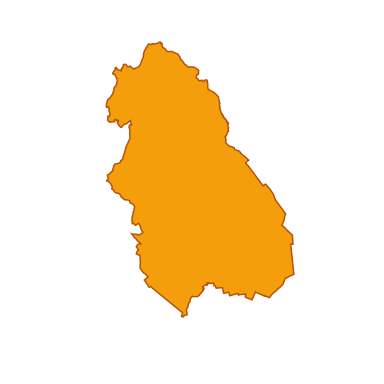 the district of Cernat, Covasna, Romania, rotated 31°
{"feature_id": "2599482B32737313813791", "entity_name": "Cernat", "entity_type": "district", "adm_level": 2, "iso_a3": "ROU", "parent_name": "Romania", "parent_adm1": "Covasna", "projection": "albers", "projection_center": [25.982, 45.977], "detail": "fine", "context": "isolated", "style": "filled", "palette": "amber", "viewbox_px": 384, "rotation_deg": 31, "n_neighbors": 0, "source": "geoboundaries", "source_scale": "gbopen_adm2", "svg_char_len": 5929}
<svg xmlns="http://www.w3.org/2000/svg" viewBox="0 0 384 384"><g transform="rotate(31 192 192)"><path d="M97.8,173.2L98.5,172.4L98.4,171.0L98.6,170.1L99.0,169.3L100.6,167.2L101.4,165.3L101.6,164.1L102.6,162.5L102.9,163.4L104.0,164.0L105.4,165.4L105.5,166.1L105.4,166.3L104.4,166.1L104.0,167.2L104.8,169.1L105.0,169.3L105.3,169.1L106.8,171.1L107.3,171.6L109.0,174.7L110.6,176.9L111.4,178.8L111.4,180.7L111.9,183.4L112.3,187.6L113.1,190.2L113.4,190.9L113.7,192.5L114.1,193.8L115.1,198.3L115.7,199.9L115.7,200.3L114.9,201.3L114.7,201.8L115.1,202.9L115.1,203.9L114.9,204.5L114.4,205.1L111.8,207.5L111.4,208.2L111.5,210.2L111.8,210.7L112.4,213.2L113.3,214.9L112.7,215.3L112.7,216.6L112.2,217.2L112.1,217.9L112.3,218.4L112.2,218.9L111.5,219.7L110.8,221.1L111.2,221.7L113.2,223.5L113.6,224.8L113.0,226.0L113.3,226.5L114.6,226.0L117.0,226.4L119.4,227.5L119.7,227.9L120.9,228.6L121.4,229.6L121.4,230.4L121.6,230.7L123.4,230.7L126.3,232.0L128.8,231.5L130.1,230.8L131.2,231.1L133.8,232.6L138.4,233.4L139.6,232.5L142.5,231.6L143.3,231.9L144.3,232.9L144.8,233.2L146.3,232.9L148.3,233.0L149.8,233.5L150.4,234.4L152.0,238.5L152.2,239.2L152.0,239.7L152.0,240.1L153.0,241.1L153.1,243.1L153.8,244.8L154.9,246.5L155.1,247.4L155.4,247.6L155.8,247.6L157.0,249.8L158.1,249.0L160.0,249.7L160.6,249.7L161.2,249.0L161.5,247.8L162.0,247.1L162.2,246.4L162.6,246.3L165.8,248.4L167.2,250.0L169.7,251.4L170.7,251.7L170.8,251.9L170.5,252.9L169.8,254.4L168.5,256.4L167.9,256.6L166.8,256.5L166.0,257.1L165.0,257.4L162.8,258.7L161.9,258.9L165.5,260.5L168.8,261.2L170.6,262.0L174.1,262.4L175.5,262.8L174.6,263.0L173.3,263.9L172.4,265.0L172.4,267.6L175.7,269.0L175.6,271.4L176.1,273.7L176.7,273.8L179.5,273.3L180.3,273.5L184.5,279.8L185.5,282.0L186.9,284.1L192.4,286.4L193.9,286.2L198.1,287.4L196.5,292.0L204.3,295.7L205.1,294.4L246.1,300.4L246.4,301.0L246.6,302.6L247.1,304.1L249.0,303.4L248.8,302.2L250.1,300.5L251.0,300.0L251.0,299.7L250.3,299.0L249.6,297.6L249.3,297.5L248.5,296.8L247.9,295.8L247.6,294.5L247.7,293.3L247.6,292.5L247.0,290.9L247.0,290.2L246.6,289.8L246.4,288.8L246.8,287.3L245.6,284.2L245.5,282.6L245.9,282.3L245.8,281.6L246.0,281.3L246.8,281.1L250.6,278.8L251.6,276.6L251.3,275.5L251.9,274.5L251.6,273.7L252.4,271.1L252.2,270.3L251.5,269.8L251.7,269.6L251.8,269.2L252.1,269.3L252.2,269.0L252.1,268.6L251.3,267.9L250.9,267.9L250.7,268.2L249.9,267.9L250.3,267.1L250.3,266.5L250.6,266.2L250.7,265.6L251.5,264.8L252.5,264.4L252.8,264.1L252.2,263.7L252.7,263.1L252.2,262.5L251.7,262.3L251.8,262.0L252.4,261.6L253.4,261.4L253.5,261.8L257.7,259.0L259.0,261.0L259.9,260.5L260.5,260.7L262.3,262.0L267.2,258.3L271.4,262.5L275.1,259.0L277.7,261.5L283.5,255.4L285.0,256.4L285.2,255.6L287.2,254.4L290.5,251.9L291.9,254.7L299.0,253.5L297.9,245.1L308.1,243.8L308.1,243.4L312.6,242.8L312.9,242.0L313.5,237.2L314.4,235.1L315.7,230.6L316.5,228.3L317.5,224.4L317.4,223.3L316.4,218.5L319.0,213.9L321.7,210.1L303.6,186.1L305.4,184.7L300.6,177.7L300.1,177.3L293.3,175.8L289.7,174.7L286.3,174.3L285.5,169.0L283.9,164.7L283.5,162.5L267.7,155.8L266.7,155.1L264.6,153.3L262.3,151.8L257.6,149.5L251.1,147.4L250.9,147.4L250.6,147.9L249.7,150.1L227.1,140.8L222.9,139.5L223.2,138.2L224.2,135.5L217.8,134.2L217.5,134.5L215.3,134.1L214.3,133.6L213.4,133.6L213.0,133.1L211.9,132.8L211.0,132.9L210.4,132.6L209.3,133.2L207.0,133.5L205.6,132.8L205.3,132.3L200.4,133.4L198.2,133.2L195.9,132.4L194.7,131.3L194.7,130.8L193.9,129.1L192.6,128.4L192.4,128.0L191.7,127.3L192.5,126.2L192.3,125.4L192.3,124.9L191.9,123.9L191.9,123.0L191.5,121.8L191.5,121.5L192.0,121.2L190.5,119.3L190.3,118.3L190.1,117.8L189.4,117.6L188.1,116.2L187.9,115.5L188.2,115.0L187.7,114.0L185.7,114.2L185.7,113.4L185.2,113.5L184.6,112.8L182.5,112.5L182.6,111.9L180.3,111.8L180.4,111.5L180.2,111.0L178.6,110.1L177.9,109.9L177.6,110.3L177.4,110.3L177.3,109.6L177.1,109.3L176.3,109.1L175.6,108.4L174.4,107.5L174.1,107.1L172.6,106.2L172.8,105.6L171.9,104.7L171.7,103.9L170.7,103.2L170.3,102.4L170.4,101.7L169.1,100.9L167.7,99.1L166.4,98.0L165.6,96.9L162.9,95.9L161.0,95.8L160.5,95.3L156.9,95.6L154.1,95.6L152.7,95.3L151.8,94.7L151.6,94.2L151.3,94.0L150.6,92.2L149.1,90.5L148.2,90.0L148.5,89.5L147.3,88.4L146.7,88.5L146.2,89.0L145.3,89.4L145.3,89.8L145.1,90.3L145.3,91.1L145.0,91.4L144.1,91.5L143.0,91.0L142.3,91.9L141.4,92.3L140.9,92.9L140.1,93.0L139.5,92.3L136.9,91.8L136.4,91.4L136.0,90.4L135.7,88.7L136.7,88.3L136.8,87.6L135.1,84.4L134.3,84.1L129.6,83.9L126.5,85.4L124.7,86.6L123.1,86.7L121.7,86.2L120.4,86.4L115.4,84.3L114.0,84.0L112.7,83.3L112.5,82.8L111.8,82.3L109.7,81.6L108.8,80.9L108.0,81.3L105.3,81.6L102.7,81.7L99.5,83.8L97.6,84.2L95.3,83.1L92.4,83.1L91.0,81.8L89.6,80.1L89.4,80.0L88.8,80.7L88.1,79.9L87.2,79.9L85.9,82.2L83.8,84.4L81.5,85.3L81.6,86.2L81.5,86.5L78.7,87.3L78.4,87.7L78.6,89.9L78.3,92.2L78.6,94.4L78.7,96.2L79.2,98.3L80.9,101.7L81.3,105.9L81.7,107.0L81.9,109.1L81.8,111.5L81.7,112.2L81.2,113.2L79.9,114.6L79.5,115.9L79.0,116.3L75.8,116.5L74.3,115.9L72.4,117.8L69.6,116.8L68.5,117.1L67.6,118.2L67.7,118.8L68.3,119.6L68.4,120.0L68.5,120.6L68.0,122.0L68.0,122.8L68.4,123.4L68.8,123.6L68.7,124.9L67.5,124.7L66.2,125.4L62.9,124.5L62.4,124.6L62.3,124.9L62.3,125.5L63.2,126.2L63.5,126.6L62.9,128.0L62.8,130.7L62.9,131.0L63.4,131.5L64.1,131.7L64.9,131.0L65.8,131.2L66.8,132.1L68.6,133.1L69.4,133.6L70.5,135.0L71.2,136.5L71.7,138.0L71.9,139.4L71.9,141.0L71.7,141.5L71.6,143.0L72.0,143.9L72.7,144.8L72.9,145.6L72.8,147.0L73.3,147.6L73.5,148.7L73.3,151.3L73.5,151.5L73.4,152.3L73.0,153.8L73.0,154.5L72.5,155.0L72.3,156.3L72.3,157.1L72.8,158.1L73.1,159.6L73.8,161.6L74.7,163.0L75.2,163.4L75.7,163.1L75.8,162.3L76.0,162.0L77.1,162.5L77.8,163.1L78.8,164.9L81.8,167.7L82.3,169.3L81.5,169.6L80.8,170.6L82.0,172.1L82.7,173.8L84.8,174.6L86.2,174.2L86.7,173.5L88.8,171.9L89.0,171.4L89.4,171.4L88.6,170.3L88.8,169.6L88.8,169.2L90.5,169.4L91.0,169.6L91.4,168.4L92.2,168.6L92.3,168.9L92.6,170.4L92.5,171.0L92.8,171.3L94.3,172.3L97.3,173.2L97.8,173.2Z" fill="#f59e0b" stroke="#b45309" stroke-width="1.5"/></g></svg>